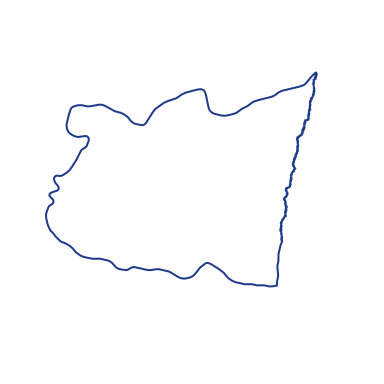 the district of Villa Vázquez, Monte Cristi, Dominican Republic, rotated 77°
{"feature_id": "3306468B4250882356752", "entity_name": "Villa Vázquez", "entity_type": "district", "adm_level": 2, "iso_a3": "DOM", "parent_name": "Dominican Republic", "parent_adm1": "Monte Cristi", "projection": "albers", "projection_center": [-71.426, 19.801], "detail": "fine", "context": "isolated", "style": "outline", "palette": "blue", "viewbox_px": 384, "rotation_deg": 77, "n_neighbors": 0, "source": "geoboundaries", "source_scale": "gbopen_adm2", "svg_char_len": 5873}
<svg xmlns="http://www.w3.org/2000/svg" viewBox="0 0 384 384"><g transform="rotate(77 192 192)"><path d="M197.9,338.6L200.4,336.8L204.5,335.0L210.1,331.5L211.2,330.4L214.0,326.3L217.1,323.1L220.0,321.0L224.8,318.6L228.8,315.0L230.9,312.1L234.3,304.9L234.9,303.2L236.2,296.9L240.0,289.0L241.1,287.6L243.0,285.9L248.3,283.0L250.1,281.1L251.0,279.6L253.4,273.6L253.3,272.1L252.0,267.8L252.1,265.2L258.1,252.7L258.8,249.9L259.2,244.2L259.8,241.5L264.1,232.7L265.9,230.5L271.3,225.0L273.1,222.7L274.0,221.1L274.8,218.3L274.9,213.5L274.0,209.8L272.6,207.5L267.5,201.2L264.7,195.2L264.5,193.6L264.6,192.8L265.3,191.3L267.0,189.2L273.8,182.5L278.2,179.0L282.3,177.1L284.5,175.6L287.2,173.2L289.4,170.4L293.6,161.7L295.3,154.4L297.5,149.8L299.2,142.6L301.4,137.9L302.0,135.1L302.2,130.3L298.7,129.4L293.1,126.9L283.8,125.6L278.3,123.2L272.0,121.7L264.0,117.8L260.2,115.2L259.7,115.2L259.7,115.6L258.2,115.6L258.2,115.2L257.5,115.3L257.3,114.9L256.4,114.9L256.4,114.5L252.7,114.5L252.7,114.1L249.8,114.1L249.8,114.5L249.0,114.5L249.0,114.1L248.6,114.1L248.7,113.6L247.9,113.7L248.0,113.3L246.1,113.3L246.0,112.9L245.3,112.9L245.3,112.4L242.8,112.5L242.7,112.1L242.0,112.1L242.0,111.7L241.3,111.7L241.2,111.3L240.9,111.3L240.5,110.6L239.8,110.6L239.5,109.8L239.1,109.8L239.1,109.4L238.7,109.4L238.3,108.6L238.0,108.6L237.5,107.8L237.3,107.8L237.2,107.4L236.5,107.1L236.5,106.6L236.2,106.7L236.1,106.3L235.8,106.3L235.9,105.9L232.8,105.9L232.8,105.5L232.5,105.5L232.5,105.1L231.7,105.1L231.7,104.7L230.6,104.7L230.7,104.2L229.5,104.3L229.4,103.9L228.4,103.9L228.1,103.1L226.6,103.1L226.6,103.5L226.2,103.5L226.2,103.9L224.0,103.9L223.7,103.1L221.4,103.1L221.4,103.5L220.4,103.5L220.3,103.9L219.6,103.9L219.6,103.5L218.9,103.5L218.5,102.8L218.1,102.8L218.1,101.6L217.8,101.6L217.3,100.8L216.7,100.8L216.3,100.0L215.6,100.0L215.6,99.6L214.5,99.6L214.5,99.2L214.2,99.2L214.1,99.6L212.6,99.6L212.6,100.0L210.8,100.0L210.6,99.6L210.0,99.6L210.0,99.2L209.7,99.2L209.6,98.4L209.3,98.5L209.2,96.1L208.9,96.1L208.5,95.3L208.2,95.3L208.2,95.0L207.1,94.9L207.0,94.6L206.4,94.6L206.4,94.1L204.2,94.1L203.8,93.4L203.1,93.4L203.1,93.0L202.0,93.0L202.0,92.6L201.2,92.6L201.3,92.2L200.5,92.2L200.5,91.9L197.9,91.8L197.6,91.0L196.8,91.0L196.8,90.6L196.1,90.6L195.7,89.9L195.0,89.5L194.9,88.7L194.6,88.7L194.6,88.3L194.3,88.3L194.3,87.9L193.5,87.9L193.1,87.1L192.8,87.1L192.7,86.7L192.0,86.7L192.0,86.3L191.7,86.4L191.7,86.7L190.2,86.7L190.2,87.1L189.1,87.1L189.1,87.5L188.0,87.5L188.0,87.1L186.9,87.2L186.4,86.4L185.8,86.4L185.8,86.0L185.1,86.0L184.9,85.6L184.0,85.6L183.9,85.2L183.2,85.2L183.2,84.8L182.5,84.8L182.5,84.3L181.8,84.4L181.7,84.0L181.0,83.6L181.0,83.2L180.7,83.2L180.7,82.9L179.9,82.8L179.9,82.4L178.8,82.4L178.8,82.1L178.4,82.1L178.1,81.3L177.7,81.3L177.7,80.9L177.0,80.9L176.7,80.5L175.9,80.5L175.8,80.1L175.5,80.1L175.6,79.7L173.7,79.7L173.7,79.2L172.2,79.3L172.2,78.9L171.1,78.9L171.1,78.5L170.7,78.5L170.7,78.1L167.8,78.1L167.7,77.8L166.7,77.8L166.8,77.3L165.6,77.3L165.6,77.8L163.8,77.8L163.4,77.0L163.0,77.0L163.1,76.6L162.3,76.6L162.3,75.4L161.9,75.4L161.8,74.6L161.6,74.6L161.6,73.8L161.2,73.8L161.1,73.1L160.8,73.1L160.8,72.3L160.4,72.3L160.1,71.5L159.3,71.5L159.3,71.1L158.6,71.1L158.5,70.7L157.1,70.7L157.2,70.2L156.8,70.3L156.8,69.9L156.4,69.9L156.5,69.5L155.7,69.5L155.7,69.1L155.3,69.2L155.3,68.8L154.9,68.8L154.9,68.3L154.2,68.4L154.2,68.0L153.5,68.0L153.4,67.7L153.2,67.6L151.6,67.6L151.6,67.2L150.5,67.2L150.5,66.8L150.2,66.8L150.2,66.4L149.4,66.4L149.5,66.0L148.7,66.0L148.6,65.7L147.9,65.6L147.9,65.2L147.6,65.2L147.6,64.5L147.9,64.5L147.9,63.7L147.6,63.7L147.6,62.5L147.3,62.5L147.2,62.1L146.5,62.1L146.5,61.8L146.0,61.7L144.3,61.7L144.3,61.3L143.5,61.3L143.5,60.9L142.8,60.9L142.8,60.6L141.7,60.6L141.7,60.1L139.1,59.8L139.1,59.4L138.8,59.4L138.8,59.0L138.4,59.0L138.4,58.6L137.3,58.6L137.3,58.1L135.5,58.2L135.4,57.9L134.7,57.8L134.5,57.4L133.6,57.4L133.6,57.0L131.4,57.0L131.4,56.7L130.7,56.6L130.7,56.3L129.9,56.3L129.9,55.9L129.6,55.9L129.2,55.1L128.1,55.1L128.0,54.7L127.7,54.7L127.8,54.2L127.4,54.3L127.4,53.9L127.0,53.9L126.6,53.2L125.9,53.1L125.5,52.3L125.2,52.3L125.2,52.0L124.4,52.0L124.4,51.7L123.7,51.6L123.7,51.2L122.6,51.2L122.6,50.8L121.5,50.8L121.5,50.4L120.8,50.4L120.8,50.0L118.6,50.0L118.6,49.6L114.2,49.6L114.2,49.2L113.1,49.2L113.0,48.9L112.3,48.8L112.3,48.4L110.5,48.4L110.4,48.0L110.1,48.0L110.1,47.3L109.4,46.9L109.4,46.4L108.6,46.5L108.7,46.0L107.9,46.0L107.9,45.7L107.5,45.7L107.5,45.3L106.4,45.3L106.5,44.9L105.7,44.9L105.7,44.5L105.3,44.5L105.4,44.0L103.8,44.1L103.5,44.9L106.8,50.2L111.6,56.3L112.6,58.1L113.1,60.0L113.5,64.1L113.6,81.1L114.4,85.1L116.5,89.8L117.1,92.8L117.4,106.7L117.7,110.9L118.2,112.9L120.7,118.5L122.3,124.8L124.7,130.5L125.2,133.5L125.4,138.7L125.1,142.8L124.3,145.6L120.8,152.7L119.1,154.7L117.7,155.7L116.0,156.5L113.0,156.9L101.5,156.6L97.6,156.8L95.8,157.5L95.1,158.1L94.0,159.7L93.6,161.6L93.4,164.8L93.8,175.9L94.7,180.2L96.7,185.0L97.2,186.9L98.0,195.2L98.7,199.0L102.7,208.9L105.6,212.4L114.6,221.5L115.7,223.6L115.8,225.2L113.2,231.3L111.9,233.4L109.2,235.5L104.3,237.9L101.0,240.8L98.8,243.6L95.8,249.2L88.7,257.1L87.1,259.4L86.4,261.1L86.0,263.0L85.6,271.7L85.1,274.5L82.6,280.0L82.0,282.7L81.8,285.5L82.2,289.1L83.0,290.6L84.2,291.7L89.2,294.7L97.8,299.0L101.6,299.6L104.4,299.3L106.2,298.6L107.8,297.5L109.9,295.5L111.7,293.1L112.8,290.4L113.4,283.7L113.9,282.1L114.5,281.4L116.0,280.6L118.4,280.9L123.5,284.3L124.5,285.6L125.8,289.3L126.5,290.6L134.4,297.2L140.4,303.2L143.2,306.4L144.7,309.0L146.7,314.5L146.8,316.6L145.6,320.4L145.9,321.8L147.0,323.1L148.4,323.6L150.9,323.4L152.5,323.0L156.5,321.0L158.7,321.1L159.4,321.6L160.3,323.0L160.9,329.0L161.4,330.5L161.9,331.1L163.1,331.7L163.9,331.7L168.4,329.1L170.6,329.2L171.2,329.5L172.1,330.6L173.3,333.9L174.2,335.1L179.0,338.3L181.5,339.4L184.6,339.9L189.9,340.0L193.0,339.7L197.9,338.6Z" fill="none" stroke="#1e3a8a" stroke-width="2"/></g></svg>